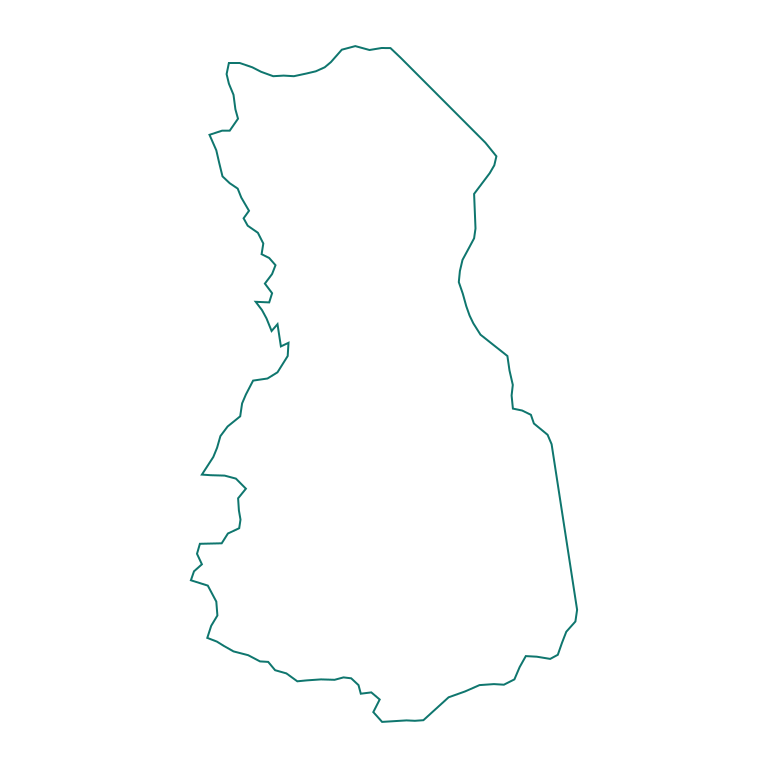 outline of Rio Quente, Goiás, Brazil
{"feature_id": "56859067B50807905411121", "entity_name": "Rio Quente", "entity_type": "district", "adm_level": 2, "iso_a3": "BRA", "parent_name": "Brazil", "parent_adm1": "Goiás", "projection": "robinson", "projection_center": [-48.799, -17.825], "detail": "fine", "context": "isolated", "style": "outline", "palette": "teal", "viewbox_px": 768, "rotation_deg": 0, "n_neighbors": 0, "source": "geoboundaries", "source_scale": "gbopen_adm2", "svg_char_len": 1871}
<svg xmlns="http://www.w3.org/2000/svg" viewBox="0 0 768 768"><path d="M423.4,720.2L448.6,697.3L464.9,691.5L479.5,685.1L493.9,684.1L503.9,684.7L514.4,679.4L519.6,667.2L525.8,656.1L536.8,656.7L550.2,658.9L557.8,654.8L562.0,642.8L566.3,631.7L575.4,621.5L577.1,609.8L551.6,444.2L547.6,434.8L533.9,423.5L530.9,414.8L522.1,410.5L512.9,408.6L511.6,395.5L512.8,384.9L509.5,370.5L507.4,356.0L480.5,334.7L473.3,323.3L469.6,315.6L466.3,306.3L462.8,293.7L458.8,282.1L459.9,271.0L462.5,259.9L469.2,247.5L474.1,238.3L475.5,228.5L474.1,193.9L489.7,173.2L494.3,165.3L496.4,156.3L485.4,142.7L401.0,58.1L390.5,48.1L381.6,48.0L369.5,50.0L355.3,46.1L341.8,49.7L330.9,62.1L324.7,67.3L315.8,71.3L306.5,73.5L293.9,76.2L283.7,75.6L273.2,76.2L261.1,71.8L252.3,67.3L239.7,63.0L228.9,63.0L226.6,74.1L228.9,83.7L233.5,94.8L235.4,109.3L238.0,118.7L229.7,130.7L222.0,130.7L209.5,134.8L216.3,150.3L219.2,162.9L222.5,176.4L229.7,183.2L237.7,188.6L241.3,197.6L249.0,210.8L243.6,218.3L247.7,225.7L257.9,232.8L263.3,243.5L261.6,254.2L269.2,258.0L275.5,265.2L272.1,274.0L264.9,283.6L272.1,293.2L269.2,302.4L255.7,301.8L262.0,310.1L266.5,318.4L271.6,331.0L277.5,324.2L280.9,346.4L288.5,342.8L287.7,356.0L277.5,372.3L267.5,378.5L253.1,380.6L245.9,394.5L242.1,403.4L240.2,416.3L227.6,426.5L220.4,436.1L217.1,447.7L213.3,457.0L201.9,474.6L210.7,475.2L224.6,475.6L235.9,478.6L245.9,488.7L238.1,498.3L238.9,510.4L240.5,519.6L239.2,528.2L227.9,533.5L221.7,543.3L199.9,543.8L197.0,553.8L201.9,564.3L194.0,571.3L190.9,580.3L207.8,585.6L216.3,601.6L217.4,615.5L211.2,625.8L207.3,637.9L216.9,641.6L223.8,645.9L233.5,651.4L248.2,655.2L260.0,661.4L268.2,661.9L275.1,670.2L286.4,673.4L297.3,681.3L306.5,680.4L320.9,679.4L334.6,679.8L343.5,677.4L351.2,678.3L358.5,685.1L360.8,693.7L371.3,692.4L379.7,699.5L373.3,712.1L382.1,721.9L406.5,720.4L414.9,720.8L423.4,720.2Z" fill="none" stroke="#0f766e" stroke-width="2"/></svg>